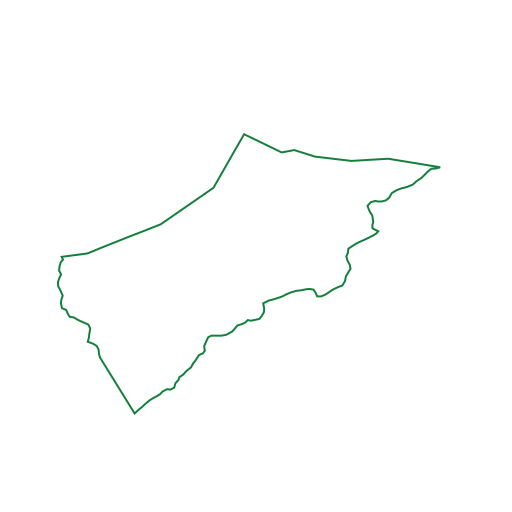 Uibaí, Bahia, Brazil (Natural Earth projection), rotated 255°
{"feature_id": "56859067B36146349449038", "entity_name": "Uibaí", "entity_type": "district", "adm_level": 2, "iso_a3": "BRA", "parent_name": "Brazil", "parent_adm1": "Bahia", "projection": "natural_earth1", "projection_center": [-42.132, -11.409], "detail": "fine", "context": "isolated", "style": "outline", "palette": "green", "viewbox_px": 512, "rotation_deg": 255, "n_neighbors": 0, "source": "geoboundaries", "source_scale": "gbopen_adm2", "svg_char_len": 2051}
<svg xmlns="http://www.w3.org/2000/svg" viewBox="0 0 512 512"><g transform="rotate(255 256 256)"><path d="M135.3,98.0L137.8,102.7L139.9,107.4L141.7,110.6L144.1,115.9L145.3,119.7L146.3,124.1L147.4,127.7L149.2,130.5L150.4,135.7L149.1,138.6L150.0,142.9L153.9,145.2L156.4,149.1L158.8,150.6L160.3,155.0L163.0,159.1L165.3,164.5L168.4,167.3L170.3,170.0L172.4,172.3L175.1,175.4L175.7,179.5L177.8,182.1L182.1,182.5L185.7,185.2L189.9,188.8L190.6,192.3L189.5,196.5L188.0,201.9L187.6,206.7L188.3,209.8L189.2,213.4L191.1,216.4L193.7,220.0L193.9,224.8L194.4,228.1L196.2,231.5L194.8,234.4L194.5,238.4L194.4,243.1L196.8,246.3L199.8,249.2L203.1,250.3L208.4,250.7L209.1,253.9L209.7,256.9L209.6,262.5L209.9,268.0L210.2,271.3L211.2,275.7L211.8,280.5L211.9,286.1L211.2,290.8L210.9,295.6L210.4,298.9L208.7,302.8L205.2,304.0L201.1,304.7L200.1,308.4L200.7,312.6L201.9,316.5L203.5,320.9L204.7,327.0L205.1,331.7L208.7,335.4L213.2,337.7L216.0,340.6L219.3,344.0L223.2,344.3L227.5,343.2L232.3,343.2L235.5,345.7L239.1,347.1L240.4,350.8L241.9,355.4L242.6,358.5L243.3,362.9L244.2,368.2L245.3,373.7L246.6,378.1L248.3,380.5L250.6,377.8L252.6,375.7L255.8,376.4L258.4,378.0L261.4,378.4L265.0,378.8L268.5,377.6L271.1,377.1L275.6,376.7L278.3,380.9L278.3,385.4L276.9,388.4L276.1,392.0L276.1,395.8L277.8,399.7L281.5,403.3L282.5,406.3L283.3,409.7L283.7,414.2L283.6,419.6L284.4,425.9L286.7,430.4L288.6,436.0L290.5,439.4L292.9,443.4L294.9,448.0L294.0,452.4L294.0,456.9L315.7,409.0L317.1,402.2L319.9,388.6L323.1,372.9L336.7,338.8L348.4,320.4L349.4,307.6L376.7,276.0L366.5,265.9L361.3,260.7L332.9,232.6L311.3,172.2L308.6,148.7L307.9,141.7L304.4,111.9L304.0,108.6L302.1,93.8L305.5,68.1L302.4,68.6L300.4,65.7L296.7,63.5L292.9,62.0L288.7,63.0L285.7,60.4L282.1,58.0L278.2,57.1L275.6,57.7L271.4,58.5L267.6,59.0L264.6,56.9L260.7,55.3L255.8,55.1L253.0,58.7L249.4,59.2L245.5,60.3L243.9,64.0L241.1,66.7L238.9,69.1L236.4,72.3L233.2,76.3L228.8,77.1L224.3,75.0L220.3,73.4L216.7,71.3L213.4,76.0L210.3,78.9L206.4,79.7L201.8,79.0L198.5,79.0L135.3,98.0Z" fill="none" stroke="#15803d" stroke-width="2"/></g></svg>